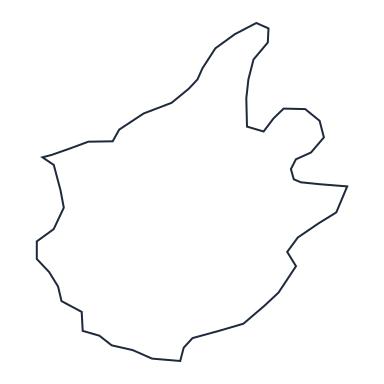 the district of Östra Göinge, Skåne, Sweden
{"feature_id": "70781695B77141748378348", "entity_name": "Östra Göinge", "entity_type": "district", "adm_level": 2, "iso_a3": "SWE", "parent_name": "Sweden", "parent_adm1": "Skåne", "projection": "equal_earth", "projection_center": [14.184, 56.312], "detail": "fine", "context": "isolated", "style": "outline", "palette": "slate", "viewbox_px": 384, "rotation_deg": 0, "n_neighbors": 0, "source": "geoboundaries", "source_scale": "gbopen_adm2", "svg_char_len": 831}
<svg xmlns="http://www.w3.org/2000/svg" viewBox="0 0 384 384"><path d="M82.7,330.9L99.4,335.7L111.6,345.3L132.7,350.1L152.0,358.6L180.2,361.0L183.7,347.7L192.5,338.1L218.8,330.9L243.4,323.7L264.5,305.7L278.5,292.6L296.0,266.2L287.2,251.9L297.8,237.5L318.8,223.2L336.3,212.4L347.2,186.4L319.6,184.2L300.9,182.3L293.8,179.3L290.9,169.1L295.9,159.3L311.0,152.5L323.9,137.4L319.6,120.8L305.2,109.1L283.6,108.6L273.6,118.3L263.6,131.5L247.0,126.6L246.3,98.4L248.4,79.4L253.5,59.5L267.8,42.5L268.5,28.4L256.3,23.0L234.8,34.2L215.4,48.3L202.5,68.2L197.5,79.4L188.9,88.6L171.6,102.8L143.6,113.5L119.2,129.6L112.7,141.3L88.3,141.7L69.6,148.6L51.7,154.9L42.5,157.3L53.8,165.0L60.5,190.2L63.8,207.7L53.7,229.1L36.8,241.4L36.8,259.0L49.1,272.0L58.1,286.6L61.5,301.1L81.7,311.9L82.7,330.9Z" fill="none" stroke="#1e293b" stroke-width="2"/></svg>